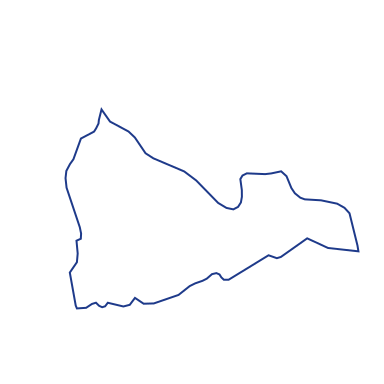 the Province of Balqa, rotated 253°
{"feature_id": "JOR-857", "entity_name": "Balqa", "entity_type": "Province", "adm_level": 1, "iso_a3": "JOR", "parent_name": "Jordan", "parent_adm1": "", "projection": "orthographic", "projection_center": [35.66, 31.936], "detail": "fine", "context": "isolated", "style": "outline", "palette": "blue", "viewbox_px": 384, "rotation_deg": 253, "n_neighbors": 0, "source": "natural_earth", "source_scale": "10m", "svg_char_len": 1094}
<svg xmlns="http://www.w3.org/2000/svg" viewBox="0 0 384 384"><g transform="rotate(253 192 192)"><path d="M86.6,333.8L98.7,305.7L114.0,288.6L103.9,258.0L103.9,253.8L109.1,246.7L97.4,201.4L98.8,196.8L101.8,195.1L105.1,194.2L107.3,191.6L107.6,187.1L104.8,180.8L104.0,176.1L103.7,168.4L102.7,162.3L97.5,149.0L96.6,122.9L99.3,113.1L107.4,106.5L102.3,99.5L102.6,92.9L110.7,79.1L108.1,75.5L108.1,72.4L110.3,69.9L114.2,67.8L114.2,63.6L112.2,56.9L114.3,47.9L117.4,47.6L150.7,51.6L158.5,61.4L166.6,64.7L179.2,67.3L179.8,72.0L184.7,73.8L191.1,74.4L232.8,73.3L242.2,75.1L248.9,78.0L254.4,83.5L258.0,88.2L275.6,101.4L278.4,116.0L280.9,118.9L284.8,122.6L288.1,124.0L297.4,129.6L283.3,134.2L268.4,149.0L260.8,153.3L242.6,158.9L235.5,164.9L213.9,190.6L201.8,199.4L173.9,213.8L166.7,220.3L163.3,226.5L164.3,231.7L167.7,235.7L172.8,238.3L179.2,240.2L190.2,242.0L193.0,245.1L193.8,249.9L187.7,267.2L186.6,273.2L185.7,283.3L179.5,287.0L166.7,288.2L160.7,290.0L154.9,293.9L152.0,297.7L146.3,313.0L138.4,327.4L132.3,333.2L125.6,336.4L92.5,334.6L86.6,333.8Z" fill="none" stroke="#1e3a8a" stroke-width="2"/></g></svg>